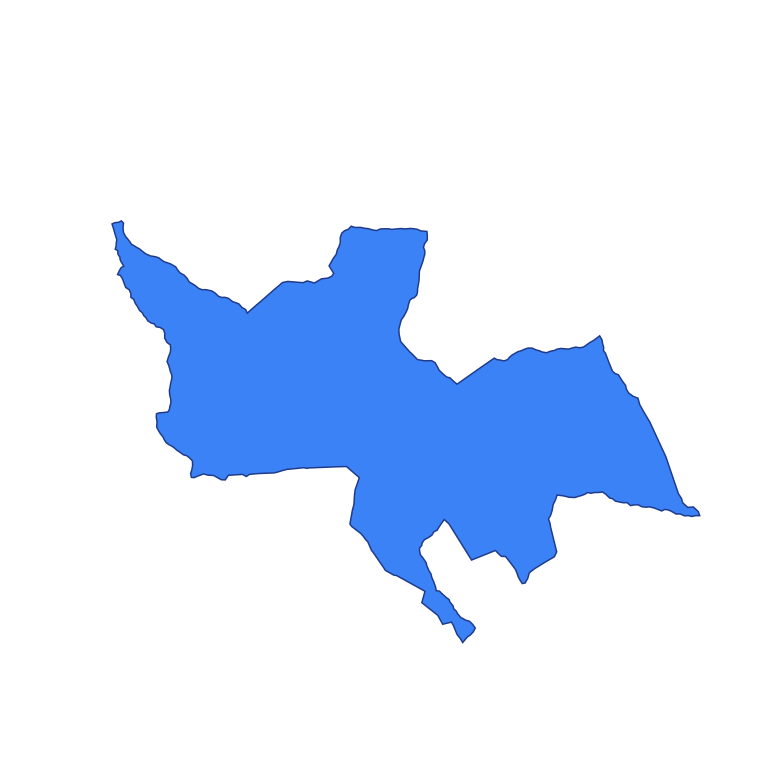 Umuarama, Paraná, Brazil (Robinson projection), rotated 153°
{"feature_id": "56859067B70861767862647", "entity_name": "Umuarama", "entity_type": "district", "adm_level": 2, "iso_a3": "BRA", "parent_name": "Brazil", "parent_adm1": "Paraná", "projection": "robinson", "projection_center": [-53.402, -23.707], "detail": "fine", "context": "isolated", "style": "filled", "palette": "blue", "viewbox_px": 768, "rotation_deg": 153, "n_neighbors": 0, "source": "geoboundaries", "source_scale": "gbopen_adm2", "svg_char_len": 5355}
<svg xmlns="http://www.w3.org/2000/svg" viewBox="0 0 768 768"><g transform="rotate(153 384 384)"><path d="M309.4,520.2L312.4,521.7L316.8,523.8L321.0,524.1L324.5,526.7L327.4,529.5L330.6,531.6L333.8,534.2L338.7,536.6L341.6,539.5L345.4,538.1L349.6,538.5L353.1,537.6L356.4,534.5L358.9,529.6L362.1,526.5L364.6,524.8L367.7,521.2L372.3,518.9L375.8,516.5L379.3,514.2L378.6,505.4L381.8,503.7L386.1,503.9L391.9,506.1L400.2,505.6L405.6,510.7L410.1,511.0L423.2,519.1L428.5,520.5L434.0,519.1L437.7,518.3L453.8,514.2L467.0,511.0L473.7,509.2L473.4,513.0L475.8,516.7L476.9,521.2L479.0,523.6L481.5,526.1L483.8,531.1L486.5,533.5L489.3,534.8L491.6,537.2L493.2,541.8L495.2,545.1L499.8,548.9L503.4,550.7L505.7,553.3L507.9,558.1L511.2,563.3L511.5,567.7L512.6,571.6L515.2,575.5L516.0,578.7L516.4,582.9L519.5,587.7L522.1,590.5L524.3,592.6L525.9,595.5L527.5,598.9L530.3,601.5L533.9,604.1L537.1,608.0L538.7,611.2L540.5,615.3L542.3,617.9L543.8,620.5L545.5,622.9L545.9,626.1L546.5,629.5L547.3,632.8L547.3,637.3L545.6,641.7L543.0,645.7L544.0,648.6L546.8,648.5L550.8,650.0L553.7,650.1L554.3,646.2L555.4,640.6L556.6,633.8L558.3,631.6L560.1,628.5L562.3,626.1L560.7,623.7L562.1,620.5L561.8,617.0L562.8,613.8L562.4,607.0L565.1,607.1L568.0,605.4L571.7,602.5L569.5,600.2L569.3,595.7L569.9,591.3L570.3,587.3L568.2,583.5L568.5,579.4L570.2,576.1L568.6,573.1L569.0,568.8L568.5,565.2L568.4,560.5L567.0,557.2L567.0,554.1L566.0,551.1L565.8,547.5L563.8,544.1L561.4,541.8L561.0,538.4L557.7,535.9L555.7,532.4L556.4,528.6L558.6,524.4L558.5,519.6L556.6,515.7L558.4,511.6L560.1,509.2L563.7,506.0L567.1,502.5L567.4,498.1L568.0,495.1L568.7,491.8L569.0,488.3L570.4,485.4L573.4,481.9L576.4,477.9L578.2,475.7L579.8,471.7L581.0,467.0L582.5,463.9L585.0,461.2L586.8,458.7L589.3,457.2L593.4,458.7L597.3,460.3L600.2,460.8L602.0,457.8L603.3,453.5L606.1,448.8L606.1,444.9L605.8,441.2L605.0,437.3L605.1,434.3L604.7,430.5L603.4,427.9L601.6,425.5L600.0,422.7L598.7,419.2L596.8,415.8L594.8,411.9L592.3,409.7L590.9,406.7L589.6,402.5L591.4,398.5L594.0,395.0L596.9,392.0L598.0,388.3L595.8,386.8L591.6,386.5L585.6,385.8L582.2,382.7L577.3,379.8L572.5,372.6L569.0,370.6L564.1,373.3L551.1,367.7L548.7,364.1L545.1,364.6L540.7,362.9L535.8,360.9L522.1,354.6L518.6,353.8L513.9,353.0L509.3,352.0L493.4,345.8L491.0,343.9L488.5,343.1L462.0,330.9L454.9,327.5L448.5,311.8L454.3,306.1L457.7,302.9L460.6,298.6L465.5,290.3L469.7,285.6L474.6,279.1L477.9,274.8L477.5,271.8L475.0,266.5L472.5,261.2L471.5,257.3L471.0,253.9L470.1,250.8L470.4,245.6L470.7,241.6L470.0,238.0L467.8,221.5L467.4,217.3L462.0,209.2L459.8,207.7L441.6,180.7L449.6,172.0L441.1,153.5L440.8,143.3L432.0,141.2L431.8,137.8L432.6,127.7L431.6,122.6L431.2,117.9L427.6,119.5L424.3,120.8L421.0,121.2L417.0,122.6L413.5,125.1L414.1,129.4L415.5,133.7L418.5,136.6L421.6,141.2L422.7,146.0L422.8,149.2L423.9,151.9L423.2,155.3L424.2,159.3L423.9,162.4L425.6,165.8L427.7,171.3L428.6,174.2L431.3,176.2L430.3,179.3L429.5,185.1L429.2,190.1L428.4,193.3L428.7,197.2L428.4,202.1L427.6,205.8L428.2,211.0L429.1,215.0L428.1,219.1L426.7,221.8L423.8,222.9L422.0,225.2L418.5,227.0L414.3,227.0L410.1,227.5L406.8,229.6L403.0,229.6L400.2,231.4L395.6,234.0L391.8,235.9L389.6,229.7L385.9,187.4L360.3,185.1L359.2,181.2L357.6,177.1L354.0,175.1L352.2,165.7L351.1,159.3L351.4,155.1L351.9,151.7L351.9,147.9L351.4,143.4L348.6,142.6L344.1,145.6L340.3,149.8L333.5,151.1L319.9,152.2L310.7,152.7L306.3,156.1L300.5,181.0L299.4,184.1L298.7,189.1L295.1,191.4L291.6,195.0L289.7,197.5L288.0,199.8L283.8,202.9L280.2,206.5L274.7,202.7L270.4,199.0L265.5,196.2L262.1,195.7L258.3,194.9L255.3,194.6L251.8,194.8L249.2,192.7L245.6,191.7L241.4,189.6L238.4,188.6L236.4,185.1L234.7,180.0L232.4,178.0L231.1,174.7L227.0,171.3L224.6,169.5L221.2,167.9L219.5,163.7L216.0,162.7L212.5,161.1L210.0,157.6L206.2,155.1L203.5,154.2L199.6,150.9L196.9,147.9L194.2,144.8L190.9,144.8L188.6,143.3L186.0,140.5L182.7,135.5L179.0,133.7L176.2,130.2L172.3,128.4L170.0,126.3L165.8,125.1L162.5,123.4L161.9,127.7L164.2,134.0L169.4,136.2L171.8,142.6L170.9,147.0L171.5,152.5L169.3,167.7L165.9,191.2L165.6,198.7L165.3,206.5L164.4,229.6L165.1,239.5L165.5,249.4L164.2,256.1L167.4,259.7L170.1,264.8L170.4,269.4L169.4,273.0L170.3,278.5L171.0,285.9L173.2,288.2L174.6,291.6L173.9,300.5L172.7,310.9L173.3,314.1L171.6,317.0L171.0,320.3L169.7,324.6L170.0,329.0L172.8,328.5L177.1,327.7L181.9,327.5L186.8,326.7L189.7,326.4L193.3,327.5L196.5,329.9L200.8,330.8L203.8,331.3L206.1,332.8L210.3,335.4L214.1,336.5L217.0,336.5L220.5,337.6L225.0,338.1L228.3,340.5L230.5,343.1L232.8,345.1L235.7,348.7L239.2,350.6L243.1,351.2L247.2,351.4L249.9,352.0L254.3,351.8L257.2,351.6L260.0,350.9L262.8,349.6L266.6,350.1L269.9,352.8L272.3,354.4L274.0,357.0L291.6,354.6L319.0,350.7L320.9,355.2L322.4,359.5L325.1,361.9L327.0,366.7L328.6,371.1L328.6,375.0L328.8,379.8L330.9,383.1L334.0,384.7L337.1,386.1L339.5,387.9L343.1,390.6L345.0,397.0L346.5,401.0L347.5,404.9L348.6,409.2L349.9,414.3L347.9,421.6L345.9,426.0L342.4,430.1L339.3,433.4L335.8,435.2L331.7,438.0L328.8,440.3L326.3,443.5L322.9,446.9L320.4,447.5L317.7,447.2L314.5,448.4L312.3,450.9L310.8,453.7L308.0,457.4L305.7,460.5L302.6,466.0L301.2,468.5L297.2,472.3L293.9,475.4L291.1,478.6L288.8,481.0L287.2,484.0L286.7,488.0L284.0,490.7L280.0,492.7L277.8,497.1L276.5,500.5L281.7,503.7L284.2,506.8L287.1,508.9L290.0,510.7L294.8,512.6L298.6,515.0L302.5,516.5L307.0,518.3L309.4,520.2Z" fill="#3b82f6" stroke="#1e3a8a" stroke-width="1.5"/></g></svg>